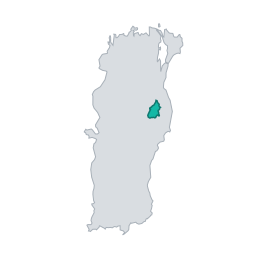 where Çankiri sits in Turkey, rotated 98°
{"feature_id": "TUR-3009", "entity_name": "Çankiri", "entity_type": "Province", "adm_level": 1, "iso_a3": "TUR", "parent_name": "Turkey", "parent_adm1": "", "projection": "robinson", "projection_center": [33.484, 40.685], "detail": "fine", "context": "in_parent", "style": "filled", "palette": "teal", "viewbox_px": 256, "rotation_deg": 98, "n_neighbors": 0, "source": "natural_earth", "source_scale": "10m", "svg_char_len": 4474}
<svg xmlns="http://www.w3.org/2000/svg" viewBox="0 0 256 256"><g transform="rotate(98 128 128)"><path d="M196.7,93.1L200.2,94.2L201.3,93.3L204.5,93.5L207.3,94.1L208.8,92.2L210.8,92.4L211.2,93.4L212.2,93.7L215.2,96.2L214.9,96.5L215.7,97.4L218.2,98.0L218.5,99.2L220.6,101.0L221.7,103.9L221.2,105.9L220.2,107.1L221.9,111.4L221.5,112.0L224.6,113.4L228.5,113.1L229.8,113.7L233.6,117.1L234.6,118.5L232.0,116.8L230.6,118.2L230.0,121.6L225.9,122.2L226.6,124.4L227.7,125.4L227.4,127.4L227.8,128.3L229.0,129.6L228.9,131.5L229.4,133.4L229.5,135.8L231.3,136.5L230.5,137.6L228.8,142.3L228.9,142.7L230.2,142.8L233.2,145.0L232.7,145.7L233.2,148.8L235.7,150.8L235.4,151.8L235.5,152.8L233.7,152.4L230.1,155.1L229.7,155.0L229.2,154.1L228.9,151.3L228.0,150.6L226.9,150.5L224.9,151.7L223.1,151.7L221.3,151.4L216.4,149.7L214.7,150.3L212.8,149.7L209.3,153.0L208.2,153.3L207.7,151.6L206.4,150.7L204.8,151.9L198.7,153.5L195.8,153.8L192.4,153.3L189.5,153.4L181.8,157.1L174.3,159.1L167.6,159.0L163.9,156.7L161.0,156.1L152.5,159.7L148.3,159.5L146.9,158.1L143.7,157.5L143.0,158.9L142.3,162.2L143.5,165.3L141.7,165.4L140.5,166.1L140.3,168.4L138.6,169.3L138.1,170.7L137.8,170.8L135.1,169.6L135.8,168.5L134.1,164.2L134.9,162.9L138.4,159.4L138.2,157.4L136.7,156.0L132.4,158.5L132.0,159.5L131.0,160.3L129.3,160.6L121.5,157.3L116.9,160.2L113.0,164.4L110.0,166.0L101.3,167.2L99.8,168.0L96.8,167.1L95.0,165.9L91.0,161.1L83.4,157.5L75.4,156.6L74.7,157.5L74.4,161.3L73.1,164.8L72.4,165.1L70.6,164.3L64.4,166.3L59.2,164.0L58.3,163.0L57.1,159.0L56.4,158.7L55.5,159.2L54.6,159.2L50.9,157.5L48.8,157.3L47.6,159.1L45.6,159.8L45.5,159.3L46.3,158.2L43.1,158.4L41.4,159.2L39.2,158.7L39.3,158.2L41.2,157.7L45.4,157.1L48.2,154.4L38.1,154.5L37.1,155.1L37.0,153.7L37.5,153.0L40.2,152.5L40.1,151.4L38.5,150.1L36.7,149.4L36.0,146.5L35.1,145.8L35.2,145.3L36.9,144.8L37.3,142.7L37.0,141.4L33.8,140.2L33.1,140.3L32.3,139.2L30.9,138.3L29.8,139.0L26.5,137.3L27.2,136.0L28.0,136.0L28.1,135.0L27.5,133.4L27.6,132.5L28.3,132.3L29.2,132.4L30.0,133.4L30.0,135.3L30.9,136.5L31.5,135.3L33.0,136.0L35.7,135.4L36.2,134.9L34.2,134.9L33.5,134.5L32.0,131.3L33.7,130.4L34.9,128.9L32.7,127.9L33.2,125.8L31.3,123.4L33.9,120.3L33.8,119.8L33.0,119.7L25.0,121.0L24.9,119.6L25.5,118.4L25.5,115.4L25.9,113.8L27.4,113.3L29.3,111.0L32.3,108.2L35.4,108.3L36.6,107.5L38.4,107.5L39.0,108.6L40.5,109.3L43.4,109.2L44.7,108.5L43.4,107.1L45.1,106.7L46.3,107.0L45.6,108.5L46.0,108.6L49.6,108.2L53.4,108.6L57.7,108.4L58.2,107.9L55.2,106.4L57.2,105.1L58.2,104.9L67.1,103.6L67.1,103.3L61.8,102.7L59.0,100.9L58.3,100.0L58.8,97.7L59.4,97.1L61.4,97.0L68.0,98.0L72.7,97.4L77.9,98.9L82.8,98.6L83.9,97.9L85.1,95.7L92.1,92.1L94.6,90.2L105.4,86.4L121.6,87.1L124.5,85.6L126.1,86.1L125.7,87.1L125.8,88.0L127.7,90.2L130.6,91.5L134.6,90.4L136.1,90.8L137.5,94.3L140.1,96.4L141.2,96.5L142.8,95.3L144.2,95.1L146.6,96.3L147.4,97.6L155.2,99.0L156.9,100.1L162.1,101.1L173.7,98.6L178.0,100.3L181.6,100.9L183.1,100.6L187.7,98.6L189.2,97.5L192.1,96.5L195.7,94.3L196.7,93.1ZM47.1,86.9L46.8,88.5L47.4,90.2L49.0,92.5L50.6,93.7L58.4,97.0L57.3,100.0L55.3,100.4L48.6,99.0L45.8,100.2L43.8,99.9L41.0,100.4L40.2,102.3L38.2,104.3L32.7,106.9L27.6,112.0L26.2,112.6L26.9,110.9L26.9,109.4L29.1,107.6L32.2,106.3L33.0,105.2L25.4,105.4L24.7,103.8L25.5,103.5L28.0,100.7L28.3,99.6L28.1,96.8L31.2,95.3L31.5,94.6L31.1,91.9L28.3,90.3L28.3,89.6L30.4,88.9L31.6,87.0L34.6,86.6L36.0,85.7L38.6,85.2L41.8,87.6L45.6,86.7L47.1,86.9ZM23.6,111.8L21.0,112.2L20.3,111.8L21.1,111.0L23.1,110.4L23.7,111.3L23.6,111.8Z" fill="#d9dde1" stroke="#a8b0b8" stroke-width="1"/><path d="M96.9,103.1L97.0,103.0L98.1,102.5L99.4,101.5L100.0,100.6L100.4,100.4L101.5,100.5L102.5,99.9L103.0,98.8L103.3,99.1L103.4,99.3L104.9,99.4L105.9,100.0L106.3,100.5L106.8,100.6L107.2,100.5L108.4,99.8L109.3,99.7L111.1,98.8L111.4,98.7L111.6,98.8L111.7,99.3L111.4,99.7L111.1,100.0L111.0,100.4L111.4,101.1L112.0,101.3L112.4,101.6L112.8,101.9L113.2,102.0L113.7,102.0L114.2,102.8L114.1,103.4L113.9,103.9L113.9,104.5L114.2,105.0L114.3,105.5L114.3,105.9L114.4,106.5L114.7,106.9L114.9,107.2L115.0,107.6L115.1,107.9L115.0,108.3L114.9,108.4L114.6,108.9L114.3,109.5L114.1,109.5L113.9,109.6L113.0,110.1L111.9,110.0L108.9,109.1L107.4,108.6L107.0,108.4L106.7,108.3L106.4,108.3L106.2,108.4L106.1,108.7L106.1,109.1L105.3,109.2L104.5,108.6L104.4,108.2L104.2,107.8L103.8,107.6L103.3,107.2L103.1,107.2L102.7,106.9L102.3,106.5L102.1,106.0L101.8,105.6L98.5,104.2L97.6,104.1L96.7,104.1L96.9,103.3L96.9,103.1Z" fill="#14b8a6" stroke="#0f766e" stroke-width="1.5"/></g></svg>